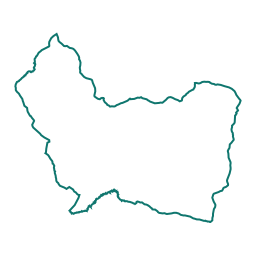 Bixad, Covasna, Romania (Albers equal-area conic projection)
{"feature_id": "2599482B49492640514301", "entity_name": "Bixad", "entity_type": "district", "adm_level": 2, "iso_a3": "ROU", "parent_name": "Romania", "parent_adm1": "Covasna", "projection": "albers", "projection_center": [25.86, 46.11], "detail": "fine", "context": "isolated", "style": "outline", "palette": "teal", "viewbox_px": 256, "rotation_deg": 0, "n_neighbors": 0, "source": "geoboundaries", "source_scale": "gbopen_adm2", "svg_char_len": 5743}
<svg xmlns="http://www.w3.org/2000/svg" viewBox="0 0 256 256"><path d="M209.9,222.0L210.4,222.0L212.3,220.4L212.4,217.9L213.0,215.9L213.0,213.8L213.9,209.1L215.1,207.1L215.4,205.4L215.3,204.5L213.7,201.6L212.3,197.7L213.3,194.4L213.9,193.7L218.7,192.0L220.3,191.1L221.9,190.8L222.6,189.9L223.4,188.1L224.4,187.4L225.6,187.1L226.5,186.5L228.0,185.3L228.1,184.5L228.0,183.8L227.2,181.8L227.0,180.7L227.2,179.7L229.6,173.5L230.6,169.2L230.6,167.8L230.3,165.3L230.6,163.1L230.5,162.1L228.6,157.7L228.4,153.7L227.8,151.0L228.6,149.2L229.1,148.6L229.5,147.8L229.8,144.4L231.4,142.8L233.7,139.8L233.6,138.8L233.2,137.5L232.9,136.2L233.1,135.1L232.8,134.5L232.8,133.1L231.9,131.6L231.5,129.8L231.6,128.8L232.1,127.0L232.0,125.7L234.3,123.3L234.7,122.2L235.1,115.5L235.6,115.2L236.2,114.0L236.6,113.6L236.6,113.4L236.4,113.3L236.1,112.7L237.3,111.1L238.0,110.6L237.6,109.5L236.7,108.1L236.8,107.7L239.5,103.7L240.6,100.7L240.2,99.9L239.2,98.8L236.4,95.0L235.4,92.7L234.5,91.1L231.8,88.8L229.0,87.4L224.6,86.2L220.7,84.9L217.5,84.4L216.1,84.8L215.0,84.6L214.0,84.0L211.9,83.7L209.9,82.6L209.6,82.1L208.0,81.8L206.3,81.9L204.2,81.7L202.2,82.0L200.4,83.1L198.8,83.5L196.1,82.9L194.9,83.0L195.0,84.0L194.8,84.6L194.9,85.7L194.8,86.8L194.4,87.8L193.8,88.5L193.4,89.5L192.3,89.9L188.8,91.8L188.0,92.8L186.4,93.9L185.7,95.1L183.5,96.5L182.3,98.0L182.1,98.8L182.0,100.1L181.7,100.6L179.7,101.3L177.9,100.1L175.2,99.2L172.6,97.8L170.7,97.1L168.9,97.3L167.6,98.0L166.1,99.7L162.5,102.7L160.2,102.6L159.3,102.9L154.8,103.3L150.1,101.6L148.5,100.5L147.9,100.3L146.7,99.3L142.4,98.2L141.1,97.2L139.5,97.8L137.7,97.6L134.3,98.9L130.6,99.2L130.2,98.7L129.8,98.7L127.7,100.6L127.1,100.9L122.5,102.9L121.0,103.2L118.4,104.5L116.7,105.1L115.2,106.2L114.1,106.5L111.8,106.3L110.0,106.6L109.0,105.6L107.2,104.8L106.8,103.9L104.8,102.2L103.6,100.0L103.6,99.5L103.9,98.6L103.5,98.0L102.0,97.9L100.7,98.4L99.9,99.2L99.4,99.2L97.7,98.7L94.6,96.5L94.4,95.9L94.4,95.2L95.3,91.3L95.1,88.2L92.8,82.8L92.1,80.3L91.7,79.8L90.7,79.3L86.4,78.2L84.2,77.0L82.5,75.2L81.7,74.1L80.6,73.2L80.2,72.6L80.1,72.0L80.3,70.7L80.0,69.4L79.8,67.6L80.3,65.3L80.5,62.5L79.9,60.5L79.1,59.3L79.2,57.8L78.8,56.4L77.3,53.8L75.0,50.5L73.4,48.9L71.9,48.3L69.7,47.9L66.9,45.9L65.2,46.2L64.0,46.0L61.8,43.8L59.5,42.0L58.5,40.8L58.2,39.2L58.0,37.4L56.6,34.0L53.4,36.1L51.2,38.2L49.3,41.8L49.1,43.4L49.3,45.9L48.9,46.5L41.6,50.2L40.9,51.0L38.7,52.7L36.9,55.9L36.1,56.4L35.6,57.7L34.7,58.8L34.6,59.3L34.9,62.0L34.0,63.1L34.4,63.6L35.1,63.7L35.3,64.2L34.9,65.7L34.6,66.6L34.0,67.2L33.8,67.8L34.7,69.3L33.9,70.5L33.3,70.6L32.7,71.6L31.7,71.6L31.0,72.2L30.8,72.1L30.8,71.7L30.3,71.4L28.9,71.3L27.9,71.8L27.5,72.2L27.4,73.0L26.7,73.2L26.5,73.8L25.3,74.9L25.4,75.4L24.3,75.7L24.2,76.4L23.4,76.7L22.9,77.4L22.0,77.9L20.8,79.3L19.1,80.6L18.9,81.1L16.9,82.0L15.7,84.5L15.4,86.5L15.8,87.8L15.8,90.0L16.0,90.5L17.4,92.3L18.0,92.7L19.1,93.9L20.0,95.6L22.3,98.9L22.9,101.3L23.3,102.2L24.4,105.8L27.1,107.9L27.4,110.6L27.8,111.9L30.0,115.8L30.8,116.1L31.8,117.7L33.8,120.1L34.1,120.9L32.2,124.8L32.6,126.4L33.3,127.6L40.1,133.7L41.2,135.2L44.4,137.5L49.2,140.1L49.4,141.7L47.4,142.7L46.3,148.6L45.9,152.9L45.5,153.2L48.0,155.0L48.6,155.7L50.4,158.8L52.2,161.1L52.4,161.6L52.6,163.6L53.3,164.0L54.3,165.9L54.0,166.9L53.9,167.9L54.1,168.2L54.4,170.7L55.1,171.4L54.8,172.0L54.8,173.1L55.3,174.5L55.7,176.0L55.8,177.5L56.1,178.2L56.3,180.5L56.5,181.2L56.9,181.9L58.2,183.0L58.8,184.3L60.0,185.8L64.4,187.6L66.5,188.9L69.3,187.0L73.2,189.6L73.4,190.2L74.3,191.6L75.8,192.4L77.3,194.2L78.4,194.9L79.4,195.0L78.5,197.9L74.7,205.1L69.5,210.7L70.5,211.6L70.5,212.2L71.2,212.5L71.6,213.4L72.1,213.0L72.7,213.1L73.3,213.8L74.4,213.4L75.0,212.9L76.3,212.8L76.9,212.4L77.2,212.6L78.3,212.3L78.8,212.5L79.1,212.0L81.5,211.7L81.8,211.2L82.3,211.6L83.0,211.2L84.9,211.0L85.2,210.6L86.6,211.0L86.5,210.6L87.8,209.6L87.8,209.1L87.5,208.6L87.8,208.4L88.0,207.9L88.6,207.2L88.6,206.3L89.3,205.8L89.5,206.4L90.1,206.3L90.5,206.7L90.4,206.3L91.3,205.9L91.4,205.3L91.7,204.7L93.3,203.7L93.5,202.9L94.1,203.4L94.9,203.1L95.1,202.2L94.9,201.9L95.2,201.8L95.0,201.6L95.2,201.3L95.1,201.0L95.5,200.9L95.8,200.5L95.9,200.1L96.1,199.9L96.0,199.2L96.3,199.0L96.6,199.0L96.7,198.8L96.9,198.9L97.8,198.8L98.7,198.0L99.4,197.7L99.3,197.1L99.9,197.0L100.0,196.5L100.3,196.5L100.6,196.2L101.1,196.0L101.2,194.9L101.8,194.9L102.0,195.5L102.3,195.6L102.8,195.3L102.9,194.1L103.2,193.9L103.4,193.9L103.5,194.2L104.0,194.3L104.4,193.8L105.5,193.6L105.6,193.4L105.9,193.8L106.1,193.5L106.9,193.7L107.2,193.3L107.5,192.5L108.4,192.4L108.7,192.1L109.6,192.6L109.4,192.1L110.0,191.5L110.3,191.5L110.5,191.2L111.6,191.5L111.5,191.3L111.8,191.1L111.9,190.6L113.0,190.9L112.9,190.6L113.3,190.6L113.9,189.6L114.1,189.5L114.6,189.8L114.5,190.2L114.8,190.4L114.8,191.0L115.2,191.0L115.6,191.3L116.1,191.1L116.0,191.5L116.6,191.9L117.0,191.9L116.9,192.2L117.4,192.3L117.3,192.6L117.7,192.8L117.6,193.1L117.8,193.3L117.7,193.7L117.9,194.2L117.8,194.6L118.1,194.7L117.8,195.2L117.7,196.1L118.2,196.4L118.1,197.3L119.3,198.5L119.8,199.3L121.2,200.1L121.7,200.1L121.8,200.8L122.5,200.4L123.8,200.7L124.0,200.5L124.5,201.1L125.1,201.4L125.7,201.1L127.4,201.3L128.0,201.7L129.9,201.9L132.5,202.8L133.7,203.5L134.6,203.6L135.0,204.0L136.4,203.0L136.5,202.0L137.3,201.5L138.7,201.8L140.2,202.5L142.0,202.4L144.5,204.3L146.4,204.6L148.0,205.3L148.3,205.7L149.3,206.2L150.7,207.6L151.8,208.3L152.4,209.4L155.2,209.6L157.5,211.3L158.1,212.2L159.2,212.9L162.6,213.4L164.5,213.2L166.1,213.8L166.9,214.0L171.6,213.4L173.9,212.8L176.2,212.8L178.7,213.5L180.9,214.9L183.7,215.5L184.8,215.4L190.2,216.6L193.3,218.4L194.4,218.6L196.8,219.4L199.5,219.5L204.1,220.9L205.5,220.7L205.9,221.1L207.0,221.2L207.4,221.5L209.1,221.5L209.9,222.0Z" fill="none" stroke="#0f766e" stroke-width="2"/></svg>